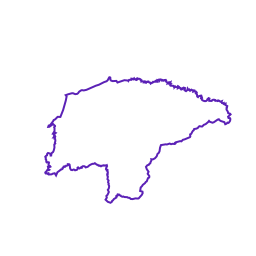 the district of Loreto, Orellana, Ecuador, rotated 234°
{"feature_id": "8360857B25470470808554", "entity_name": "Loreto", "entity_type": "district", "adm_level": 2, "iso_a3": "ECU", "parent_name": "Ecuador", "parent_adm1": "Orellana", "projection": "equal_earth", "projection_center": [-77.401, -0.648], "detail": "fine", "context": "isolated", "style": "outline", "palette": "violet", "viewbox_px": 256, "rotation_deg": 234, "n_neighbors": 0, "source": "geoboundaries", "source_scale": "gbopen_adm2", "svg_char_len": 5810}
<svg xmlns="http://www.w3.org/2000/svg" viewBox="0 0 256 256"><g transform="rotate(234 128 128)"><path d="M86.3,174.5L86.1,175.7L87.2,177.9L87.6,179.0L87.5,179.8L88.3,180.9L87.3,182.9L87.0,184.4L87.5,186.2L87.4,187.0L86.1,188.2L85.6,189.0L86.0,191.1L85.5,193.1L85.7,196.2L86.1,197.7L85.0,197.8L82.6,199.5L82.2,200.9L82.1,205.5L81.7,206.6L81.0,206.5L79.1,207.2L76.1,209.4L73.9,208.9L73.6,210.2L73.9,211.6L73.2,212.0L73.1,212.9L73.8,214.8L75.1,216.1L76.0,216.3L77.0,215.2L78.3,215.6L78.7,219.0L79.5,219.0L81.1,217.8L82.7,218.4L84.7,218.5L85.3,218.7L85.9,219.5L86.3,219.5L86.5,220.2L87.4,221.2L89.3,220.3L90.4,221.3L91.0,219.6L91.5,219.5L92.0,220.0L92.2,219.3L93.0,218.7L93.8,219.1L94.3,218.9L94.6,219.4L94.9,218.2L96.4,217.8L97.0,216.6L97.4,216.9L98.5,214.8L99.0,214.5L99.5,214.8L99.8,214.3L100.4,214.2L101.1,212.8L100.7,211.6L102.2,209.7L103.0,210.3L103.3,210.1L104.0,211.2L104.8,210.8L104.6,209.1L104.0,208.3L103.9,207.3L104.4,206.1L105.6,205.1L106.8,204.5L107.5,204.4L108.4,205.0L109.1,204.5L109.5,205.0L109.1,205.7L111.0,206.3L111.2,205.5L111.6,205.5L112.1,204.1L111.8,202.8L112.8,202.5L114.7,203.6L116.1,203.2L116.3,203.6L116.1,204.2L116.3,204.5L117.7,204.3L118.6,203.0L118.9,203.7L119.2,203.8L119.4,203.2L119.1,202.7L119.2,202.2L120.1,203.0L121.1,202.0L121.7,201.9L121.8,201.3L121.5,200.7L121.6,200.1L123.1,200.3L123.3,199.3L124.8,199.4L123.8,198.2L123.7,196.6L124.5,196.2L125.2,196.4L125.6,196.1L126.8,197.6L127.9,196.8L127.5,195.3L127.5,195.1L128.2,195.1L128.0,194.1L128.5,194.0L128.3,193.6L129.2,193.5L129.7,193.8L130.7,193.1L130.8,192.4L131.4,193.4L132.6,193.0L132.2,191.4L133.2,190.6L133.9,190.5L133.7,189.7L134.1,190.0L134.3,189.3L134.9,189.3L134.8,189.7L135.5,189.5L137.1,187.4L137.6,187.2L138.3,187.9L138.6,187.0L138.6,188.7L139.3,188.4L139.9,189.1L139.9,187.8L140.7,188.4L141.0,187.9L141.1,187.3L140.6,187.2L140.8,186.2L141.2,186.7L143.1,186.1L143.9,186.8L144.2,186.8L144.5,186.2L144.9,186.5L145.5,185.5L145.5,184.5L146.3,184.3L146.3,183.4L147.4,183.5L148.3,182.7L147.9,181.7L148.6,182.0L148.8,181.7L148.0,181.3L148.0,181.0L149.5,180.0L149.2,179.7L149.0,180.2L148.7,180.2L148.5,179.4L148.0,179.1L149.0,177.9L149.8,178.5L149.9,177.8L149.6,176.9L150.1,176.3L150.2,175.6L150.6,175.3L150.2,174.4L150.6,173.7L150.6,172.5L151.5,172.8L152.2,172.0L153.2,171.9L153.4,171.5L153.7,171.7L154.3,170.7L154.2,170.0L154.5,169.7L154.2,169.4L154.6,169.2L154.6,168.6L155.4,168.6L155.6,168.0L156.1,168.7L156.3,168.4L156.3,167.7L156.9,167.5L157.7,166.1L158.6,166.9L159.2,166.3L159.6,166.5L159.6,166.8L160.1,166.7L160.9,166.3L161.7,165.5L161.8,163.8L162.1,163.9L162.0,164.3L162.1,164.6L162.8,164.6L162.9,163.3L162.5,162.6L163.6,162.0L164.5,162.1L164.2,161.1L165.0,160.9L165.2,160.3L165.0,159.6L165.8,159.5L165.3,158.7L166.3,157.1L165.8,155.9L166.4,155.9L168.8,153.2L171.0,146.2L172.9,146.3L175.0,143.1L176.2,142.2L177.3,142.1L179.2,143.3L179.8,143.1L180.0,142.5L178.6,139.7L178.4,138.2L179.2,135.5L180.1,129.9L181.1,126.9L183.3,116.8L184.4,114.3L185.7,113.0L186.0,112.1L186.1,109.8L185.5,108.1L185.5,106.9L186.4,105.2L188.5,103.9L189.1,103.0L190.4,99.6L191.2,96.9L189.6,96.9L186.6,93.6L180.7,86.1L176.7,79.8L178.4,77.6L177.8,74.2L178.1,72.5L177.5,71.4L176.1,66.6L176.6,65.3L176.1,64.5L175.8,64.1L175.2,65.1L175.2,69.7L172.6,70.2L172.3,70.0L172.2,69.0L171.9,68.6L171.1,68.5L168.7,66.7L167.5,63.9L166.7,64.7L167.2,65.6L166.9,66.4L166.5,66.6L166.3,64.1L165.6,63.9L165.0,64.2L164.4,62.8L164.1,63.9L163.7,64.0L162.6,62.2L161.9,62.6L160.3,61.7L158.9,60.0L158.2,60.0L157.9,58.6L155.4,57.0L153.3,54.5L152.6,53.2L152.6,51.8L152.1,50.8L150.9,49.7L151.2,49.2L152.9,50.1L154.8,48.6L154.6,47.4L153.5,46.4L153.6,45.0L153.3,44.1L152.1,44.0L151.3,43.1L150.3,43.1L148.6,42.0L147.8,42.1L147.5,43.1L146.7,43.8L146.3,43.7L145.4,42.4L144.6,42.0L144.1,41.9L143.2,42.5L142.3,42.5L142.4,41.8L143.6,41.1L143.8,40.5L142.4,39.9L141.9,39.3L140.4,39.8L140.4,39.2L141.4,37.8L141.0,37.0L140.7,35.0L140.1,34.7L139.4,34.8L138.2,37.1L137.7,36.9L137.5,36.3L137.0,36.5L135.4,39.0L135.3,40.2L134.5,42.1L131.9,41.9L133.7,44.9L133.7,47.9L133.9,49.2L133.6,49.5L133.4,50.9L133.6,51.3L134.0,51.4L134.0,52.2L134.6,53.2L133.7,54.0L134.1,54.6L133.7,55.2L133.9,55.9L133.4,56.5L133.2,57.9L134.0,58.2L133.4,59.0L132.7,59.2L129.2,57.4L127.6,57.3L126.7,58.1L126.4,59.6L125.8,60.1L124.9,60.3L124.2,62.1L124.9,63.8L125.5,63.9L125.5,64.4L124.3,64.4L123.7,65.0L123.8,66.4L123.2,66.7L123.0,67.3L123.7,67.5L123.6,69.1L122.5,70.4L121.0,70.6L120.3,72.6L120.5,74.9L120.2,77.0L119.9,78.2L119.1,79.3L119.0,80.5L116.6,81.2L116.1,81.8L115.5,81.8L114.9,82.5L114.3,82.4L113.9,83.3L112.9,83.6L112.8,85.1L112.2,85.6L112.1,86.5L111.3,87.0L111.2,87.6L110.5,88.0L110.4,89.0L109.5,88.7L108.4,86.7L107.7,86.0L107.1,86.0L106.6,86.5L106.2,86.1L105.8,86.6L104.8,85.7L104.2,85.8L102.9,84.7L102.9,84.1L102.2,84.0L102.2,83.6L101.4,83.2L100.4,83.1L98.7,81.3L96.9,81.4L95.9,80.0L94.3,79.7L93.8,79.0L92.3,78.7L91.5,78.1L90.3,76.8L89.8,75.3L87.5,74.9L86.0,72.2L85.7,70.5L84.1,69.9L83.2,67.7L80.1,68.3L77.8,69.9L77.8,71.6L78.4,72.4L78.3,73.2L78.8,74.8L78.6,77.8L79.4,78.2L79.4,78.9L79.8,78.8L79.8,79.6L80.4,80.6L79.5,81.5L79.2,81.2L77.8,82.3L77.3,82.2L76.0,82.8L75.5,83.3L75.4,83.9L74.2,84.6L72.4,86.8L71.5,87.1L70.6,88.2L69.0,88.5L67.8,89.9L66.7,92.6L65.0,94.7L64.8,95.3L65.8,99.9L66.7,101.6L68.0,102.3L69.9,100.8L72.4,103.3L72.8,105.4L73.3,106.5L73.4,109.3L73.9,110.6L73.8,111.8L75.7,114.7L75.5,115.9L75.7,116.3L76.6,117.0L79.4,117.0L80.5,118.9L83.7,119.0L86.0,119.7L86.5,121.8L86.0,123.2L86.5,124.3L86.3,125.2L87.4,126.6L87.6,127.2L88.4,128.3L89.0,128.5L88.0,129.7L87.7,131.5L87.7,132.2L88.2,134.5L89.7,136.7L89.8,138.3L90.7,139.9L93.2,142.3L94.8,144.6L92.7,148.8L91.8,149.8L90.9,152.6L89.6,153.3L88.9,155.0L87.8,156.1L87.5,156.9L87.6,157.4L88.4,157.5L88.4,158.1L86.7,162.5L85.8,163.4L86.2,165.4L85.5,167.2L84.2,172.7L84.5,173.4L86.3,174.5Z" fill="none" stroke="#5b21b6" stroke-width="2"/></g></svg>